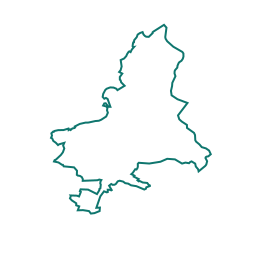 outline of Carlow Lea-7, Carlow, Ireland, rotated 148°
{"feature_id": "5873133B49983124461260", "entity_name": "Carlow Lea-7", "entity_type": "district", "adm_level": 2, "iso_a3": "IRL", "parent_name": "Ireland", "parent_adm1": "Carlow", "projection": "equal_earth", "projection_center": [-6.883, 52.832], "detail": "fine", "context": "isolated", "style": "outline", "palette": "teal", "viewbox_px": 256, "rotation_deg": 148, "n_neighbors": 0, "source": "geoboundaries", "source_scale": "gbopen_adm2", "svg_char_len": 2839}
<svg xmlns="http://www.w3.org/2000/svg" viewBox="0 0 256 256"><g transform="rotate(148 128 128)"><path d="M43.1,159.2L41.5,161.9L41.6,163.7L46.5,172.9L48.8,180.8L48.8,183.8L48.2,185.4L42.2,192.7L42.8,196.4L55.6,196.3L56.5,196.1L56.8,195.4L62.1,194.3L64.2,195.8L64.9,197.1L65.3,199.1L64.8,201.6L67.6,202.2L70.3,202.1L72.5,200.4L76.2,199.2L77.4,197.7L77.7,198.0L78.7,197.4L80.8,194.9L80.8,193.8L80.0,193.5L83.2,192.5L85.6,191.0L86.3,192.3L87.3,192.2L89.5,191.2L91.4,189.9L94.5,189.0L98.2,189.5L100.8,183.5L103.7,180.9L105.8,180.2L104.0,177.2L107.9,175.6L109.3,173.3L109.0,172.3L109.6,170.4L108.5,165.6L116.9,165.7L117.1,167.5L118.8,169.9L121.5,171.8L122.7,172.1L125.3,172.6L127.1,172.3L130.9,170.1L133.0,167.8L132.6,165.4L130.8,165.2L129.9,163.4L131.7,155.3L133.3,156.3L133.8,160.8L135.1,161.4L137.2,160.2L134.8,157.5L135.0,155.7L136.4,154.2L137.0,151.6L140.4,149.3L146.3,149.2L148.9,149.6L152.0,151.2L158.7,153.6L161.2,155.1L166.7,157.0L172.2,157.5L172.1,156.8L173.3,156.3L175.4,157.1L177.7,156.7L177.9,157.6L179.5,157.7L178.9,159.1L183.7,160.4L188.4,163.2L192.1,164.5L193.0,164.1L193.5,164.6L195.8,164.1L196.5,161.8L198.5,160.4L197.8,159.3L198.2,156.6L197.0,153.7L196.4,150.6L195.1,150.7L189.9,149.2L192.3,147.5L192.9,144.4L196.1,141.9L199.2,140.7L205.8,139.4L207.3,139.6L208.5,138.8L205.2,135.6L203.5,131.8L202.7,131.2L202.9,129.6L194.6,123.2L193.9,118.8L196.2,115.4L195.8,114.3L194.1,112.8L193.2,110.9L193.4,108.6L194.4,107.2L181.6,99.9L179.7,99.5L178.2,98.0L179.7,97.2L180.9,95.7L181.1,94.4L183.4,91.5L184.7,91.4L185.2,90.5L189.3,88.4L194.5,96.9L200.7,101.1L202.3,99.9L201.8,99.0L202.1,98.6L205.8,95.9L207.2,97.7L212.4,101.2L212.4,100.7L214.5,99.1L214.0,96.4L211.8,91.6L212.9,89.9L210.9,87.4L214.2,84.8L209.7,82.2L205.1,78.2L204.8,75.1L201.6,73.6L196.1,72.6L194.0,75.4L197.1,77.1L187.7,84.7L181.9,87.0L180.1,84.7L179.1,84.4L177.9,86.4L175.9,85.0L175.3,84.0L174.7,84.0L174.6,89.1L171.9,89.4L171.1,87.9L169.4,87.0L167.9,87.0L165.0,88.2L163.0,87.7L160.5,85.1L159.6,82.7L157.3,80.7L155.8,77.8L151.7,74.2L146.8,67.2L145.0,67.0L143.9,68.0L140.2,67.2L139.9,67.7L140.6,68.9L140.8,71.2L144.4,74.0L146.2,76.9L147.2,77.1L147.7,78.7L146.0,79.1L148.9,83.7L147.8,84.2L149.6,87.1L147.8,87.4L143.7,89.2L142.8,88.3L141.4,88.9L140.2,89.9L138.7,92.4L137.3,92.8L128.8,86.6L118.4,82.2L111.1,81.1L104.8,76.5L101.0,69.2L97.6,68.2L94.9,65.8L93.3,66.2L91.8,66.0L89.9,62.2L90.9,59.4L90.4,55.8L91.1,53.8L82.6,54.9L81.0,55.5L78.5,57.9L78.2,61.5L77.6,62.0L76.6,62.1L74.9,61.4L71.7,61.9L71.2,65.9L72.7,69.4L75.6,72.7L76.1,76.2L77.5,80.4L77.4,82.0L74.9,86.5L74.6,88.9L77.9,96.8L76.4,99.4L79.0,105.0L79.9,108.2L78.9,112.2L64.3,117.7L70.8,126.2L73.7,132.6L71.9,136.7L68.4,140.2L66.5,142.8L60.3,146.8L59.6,149.7L58.3,151.5L57.2,152.2L54.2,153.1L53.0,154.6L50.7,156.2L49.7,156.6L47.0,156.7L44.8,157.7L43.1,159.2Z" fill="none" stroke="#0f766e" stroke-width="2"/></g></svg>